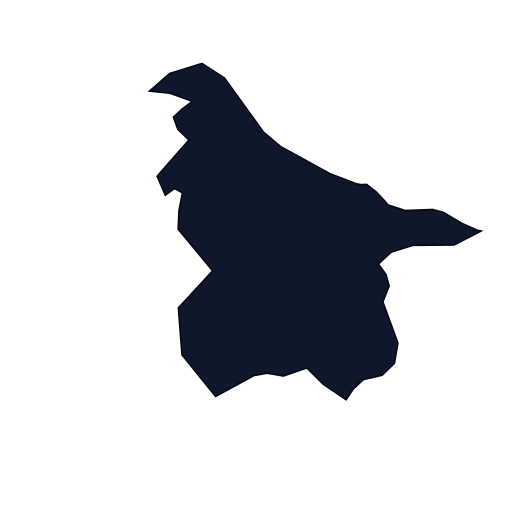 Rezina, Mercator projection, rotated 302°
{"feature_id": "MDA-1644", "entity_name": "Rezina", "entity_type": "District", "adm_level": 1, "iso_a3": "MDA", "parent_name": "Moldova", "parent_adm1": "", "projection": "mercator", "projection_center": [28.881, 47.706], "detail": "fine", "context": "isolated", "style": "filled", "palette": "ink", "viewbox_px": 512, "rotation_deg": 302, "n_neighbors": 0, "source": "natural_earth", "source_scale": "10m", "svg_char_len": 838}
<svg xmlns="http://www.w3.org/2000/svg" viewBox="0 0 512 512"><g transform="rotate(302 256 256)"><path d="M181.8,408.6L182.8,380.9L188.0,358.5L168.7,342.9L162.4,327.5L153.4,317.6L115.4,296.2L132.9,245.6L170.8,217.6L220.4,227.0L237.5,175.7L253.6,166.6L270.5,160.1L270.0,151.2L259.4,146.9L271.2,129.8L318.8,137.6L321.9,122.6L330.0,112.3L341.9,115.5L353.4,120.0L348.3,96.6L339.4,78.4L339.3,78.2L365.1,86.0L365.3,86.2L390.7,108.1L390.3,135.0L365.1,196.7L361.9,219.0L365.1,275.3L370.3,302.1L371.9,306.5L375.4,312.0L374.1,324.0L371.0,335.9L369.3,340.8L373.7,358.4L389.1,381.1L392.4,392.1L392.8,413.0L395.2,430.2L396.6,433.8L370.2,418.1L348.0,383.3L331.0,368.7L314.1,364.1L309.3,376.0L301.1,384.9L284.4,387.9L257.5,422.5L238.4,430.3L221.7,426.2L208.0,412.6L195.1,409.1L181.8,408.6Z" fill="#0f172a" stroke="#020617" stroke-width="1.5"/></g></svg>